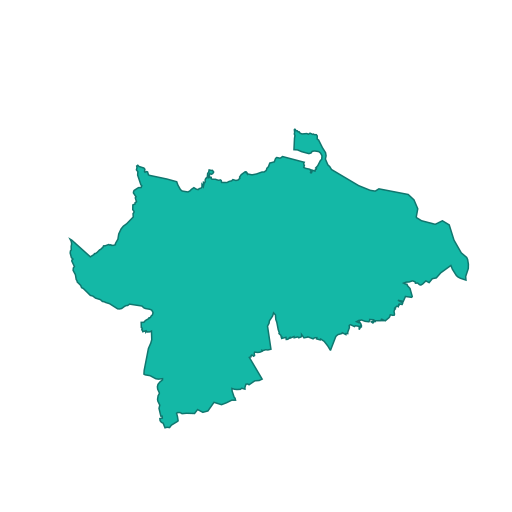 Chilchotla, Puebla, Mexico (orthographic projection), rotated 234°
{"feature_id": "50627088B92619426323393", "entity_name": "Chilchotla", "entity_type": "district", "adm_level": 2, "iso_a3": "MEX", "parent_name": "Mexico", "parent_adm1": "Puebla", "projection": "orthographic", "projection_center": [-97.21, 19.256], "detail": "fine", "context": "isolated", "style": "filled", "palette": "teal", "viewbox_px": 512, "rotation_deg": 234, "n_neighbors": 0, "source": "geoboundaries", "source_scale": "gbopen_adm2", "svg_char_len": 6135}
<svg xmlns="http://www.w3.org/2000/svg" viewBox="0 0 512 512"><g transform="rotate(234 256 256)"><path d="M244.4,114.6L229.3,98.4L226.3,95.9L225.0,96.5L221.4,100.0L215.6,102.8L213.7,104.7L211.7,108.3L210.7,107.5L210.6,104.4L209.8,101.3L208.2,99.4L206.1,98.2L202.2,97.4L201.5,96.9L200.5,94.7L197.9,92.1L196.3,91.3L191.9,90.5L189.8,88.0L182.4,84.9L181.6,85.9L179.9,84.9L181.0,82.7L179.1,81.6L177.1,81.7L175.3,82.6L170.5,81.4L169.7,83.4L168.0,85.2L168.9,88.1L168.3,95.7L168.6,96.2L172.3,98.1L175.5,99.3L175.4,100.6L173.9,102.6L171.9,103.5L169.6,107.4L164.7,113.7L166.1,118.5L160.8,121.1L158.9,126.0L162.3,136.0L156.0,140.7L154.6,145.9L153.6,151.7L151.4,154.7L153.3,155.5L154.5,155.3L160.8,157.3L163.0,158.7L161.0,160.1L159.2,162.1L157.3,165.0L157.4,166.7L154.8,168.8L156.2,169.8L158.2,172.5L157.4,174.0L155.9,174.7L155.7,181.7L153.4,185.4L152.8,188.6L177.9,191.0L177.4,192.8L178.2,193.3L178.5,194.1L177.7,194.8L176.4,195.1L176.3,196.3L178.5,197.5L179.0,198.5L177.0,200.6L175.9,202.6L175.3,205.1L176.2,205.4L175.4,206.0L174.5,208.7L173.0,210.4L171.8,213.3L192.5,224.1L193.9,227.0L195.7,228.8L197.7,234.2L199.7,236.8L196.9,237.1L193.0,234.7L190.2,233.9L183.4,230.7L180.4,229.8L179.7,229.0L177.3,229.5L175.3,228.7L175.1,229.2L174.2,228.4L172.6,232.4L170.7,231.4L169.9,232.8L170.2,235.6L169.5,235.3L168.5,239.4L167.4,238.8L166.0,242.3L164.7,242.5L164.0,245.0L164.4,245.8L165.7,246.7L161.6,246.7L160.1,249.9L160.2,250.4L155.4,253.5L155.4,255.4L154.2,257.2L153.3,256.3L149.8,259.1L150.7,258.6L150.9,259.5L146.9,261.0L140.9,261.2L136.4,260.8L136.1,261.1L144.0,273.3L144.3,276.0L142.8,279.9L143.2,280.7L139.6,282.5L140.4,283.2L139.3,284.6L140.5,285.5L143.1,289.4L145.0,290.6L145.0,291.3L144.9,292.1L141.0,294.2L141.2,295.4L138.4,298.1L135.8,296.2L136.9,298.5L137.9,299.6L137.0,299.8L137.7,300.4L139.8,301.0L142.2,300.9L141.6,300.0L143.8,298.7L143.4,301.7L142.7,302.2L142.4,303.6L139.0,305.9L136.4,308.7L137.4,310.5L137.8,310.7L135.2,313.8L134.2,313.3L134.9,310.6L133.1,311.2L133.5,313.6L133.0,314.0L133.6,314.3L129.5,320.1L130.5,319.8L131.1,320.1L131.0,320.6L127.6,322.4L127.9,327.2L128.3,328.5L129.5,330.1L127.6,331.8L126.9,333.1L127.6,333.9L129.9,335.0L131.2,336.6L131.3,337.7L132.3,337.5L132.6,340.5L131.3,341.3L132.7,342.8L132.3,343.2L132.9,343.7L130.9,345.7L131.8,347.2L136.8,344.8L132.7,348.5L135.4,353.1L131.1,357.6L131.4,358.6L139.2,361.5L142.6,361.1L144.5,361.5L145.5,360.4L147.3,359.5L146.6,362.1L145.0,364.6L143.9,368.0L141.7,369.5L140.3,369.0L139.1,370.9L136.7,371.4L135.6,372.3L135.4,374.4L136.0,378.8L132.7,380.4L134.0,385.3L132.3,389.0L133.8,395.6L133.8,408.1L129.8,407.1L122.4,406.6L120.2,407.1L117.8,408.3L113.1,411.7L116.2,413.6L121.1,420.4L124.5,423.0L128.7,425.1L131.0,425.6L137.9,423.9L152.5,425.5L167.6,430.6L174.9,427.5L176.3,419.6L187.3,410.6L192.7,408.4L193.5,408.7L199.1,414.6L208.6,416.8L216.3,415.3L238.1,394.9L238.4,390.6L242.0,387.0L252.6,380.4L281.6,367.9L285.0,368.2L287.5,367.7L293.6,369.1L295.9,371.6L298.7,373.0L304.6,373.4L312.9,374.8L314.7,374.3L317.1,376.1L318.7,376.1L319.8,374.6L320.9,374.1L321.0,373.4L323.6,371.9L323.7,369.9L325.2,369.1L327.6,365.1L329.3,363.9L331.1,363.9L331.7,363.0L333.0,363.0L333.9,361.9L335.3,362.2L335.8,361.8L335.6,361.2L333.4,360.0L332.2,358.7L330.5,358.3L328.7,356.4L319.7,349.2L317.5,351.9L313.5,354.3L307.7,359.0L307.0,361.1L307.6,362.9L307.3,363.7L306.4,365.3L303.6,368.1L301.5,368.7L298.3,368.3L295.6,366.0L295.4,364.3L292.7,358.9L292.2,356.3L291.6,356.6L290.8,355.9L291.2,355.0L290.0,353.6L292.2,352.1L290.7,349.8L290.9,349.3L291.4,349.1L292.9,351.5L293.7,350.9L293.3,350.4L294.6,350.5L297.8,347.6L299.6,346.7L300.9,348.4L301.2,348.2L303.0,349.1L303.5,350.1L320.9,335.9L320.8,333.9L321.1,332.8L323.5,330.7L323.4,329.2L321.4,326.1L323.1,321.8L320.9,318.5L320.6,316.4L319.2,314.6L319.2,311.9L320.4,310.3L322.1,304.5L324.0,300.5L327.1,297.6L328.4,297.6L328.1,297.3L328.6,297.4L329.6,296.8L330.1,297.2L330.5,296.8L330.5,291.9L329.5,289.1L328.4,288.7L328.0,286.1L328.9,284.1L331.4,282.2L331.1,280.5L332.1,278.2L332.5,275.7L335.7,271.4L337.4,272.2L338.4,272.0L339.3,270.1L342.0,268.2L343.9,265.6L345.1,265.3L345.9,266.0L346.7,265.1L347.2,263.7L347.9,264.3L347.5,265.2L348.1,265.5L348.6,264.9L349.8,267.0L348.4,267.8L348.1,269.4L348.8,271.1L350.9,271.1L351.5,270.1L353.2,268.7L351.5,266.8L351.3,265.5L348.7,263.2L348.1,261.8L348.4,261.6L347.9,260.2L346.8,259.0L347.0,258.7L346.7,259.1L346.0,258.8L345.5,257.7L346.6,256.9L345.4,255.9L345.3,254.9L345.0,254.9L345.0,256.4L342.9,254.0L345.4,254.2L343.5,252.8L343.2,251.4L343.9,249.7L343.7,248.2L345.1,247.0L347.8,245.9L347.9,242.9L347.5,241.0L347.8,238.6L351.9,234.5L354.1,233.9L359.3,234.5L362.7,235.5L370.6,229.2L383.9,217.2L384.9,216.7L387.8,217.7L388.7,217.0L389.0,215.5L389.8,215.4L391.5,217.1L393.1,217.0L397.3,213.9L398.9,213.7L398.9,212.3L397.5,211.7L396.0,209.9L393.7,210.0L391.0,207.8L381.2,204.7L380.0,204.9L378.9,203.3L380.4,201.1L380.7,196.1L380.3,195.1L379.1,193.9L374.4,193.7L374.0,192.5L370.1,191.2L370.2,189.5L369.2,188.7L369.7,186.4L365.9,183.5L363.8,183.6L362.9,182.7L362.6,181.5L359.7,179.6L358.1,170.4L358.1,166.2L357.2,162.8L354.5,157.9L350.8,154.2L348.7,149.6L347.8,148.9L348.3,147.1L349.6,145.2L350.4,145.2L350.9,144.0L351.8,143.7L352.9,140.0L353.8,138.6L352.8,136.8L353.0,135.7L352.6,134.2L352.9,133.2L352.3,129.7L352.3,127.7L352.9,126.7L352.4,125.9L352.7,121.5L377.0,116.3L378.9,115.5L376.4,115.1L374.2,114.0L372.4,112.1L369.5,110.1L369.2,108.9L367.6,107.4L363.2,105.7L361.1,106.1L360.9,104.6L360.1,104.0L354.2,102.9L353.7,101.2L351.9,99.6L347.0,98.9L342.6,96.7L341.2,96.7L340.1,96.1L335.3,96.9L332.9,96.3L331.2,97.2L321.5,98.8L319.6,100.4L316.3,101.4L312.1,104.5L309.5,105.0L307.9,106.6L307.1,106.8L303.5,109.5L294.6,113.0L293.4,114.4L292.5,116.4L292.5,119.9L292.3,121.6L291.4,123.1L291.4,125.4L282.6,134.3L280.0,134.8L278.5,135.7L275.4,138.7L273.6,139.8L270.9,139.5L270.2,138.9L269.2,137.5L269.1,136.0L268.3,134.4L268.9,133.1L268.4,132.8L268.8,128.6L268.3,126.3L269.8,124.1L265.6,121.2L264.4,121.5L263.4,120.2L262.8,120.5L261.3,119.9L260.2,123.0L259.1,122.1L259.2,123.2L258.4,123.4L257.0,125.6L256.7,127.3L249.6,122.5L247.4,119.7L244.4,114.6Z" fill="#14b8a6" stroke="#0f766e" stroke-width="1.5"/></g></svg>